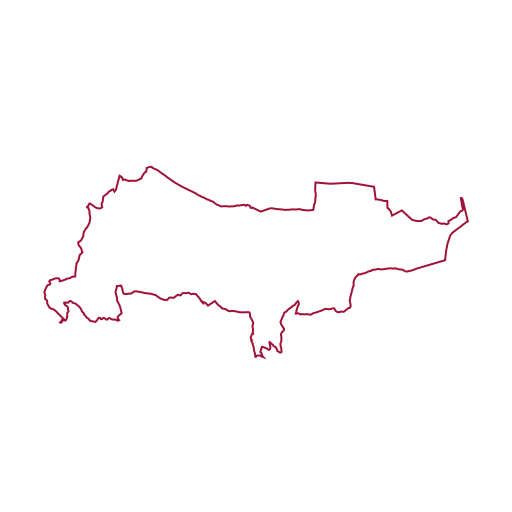 outline of Godeni, Arges, Romania, rotated 263°
{"feature_id": "2599482B53063420338002", "entity_name": "Godeni", "entity_type": "district", "adm_level": 2, "iso_a3": "ROU", "parent_name": "Romania", "parent_adm1": "Arges", "projection": "robinson", "projection_center": [24.972, 45.207], "detail": "fine", "context": "isolated", "style": "outline", "palette": "rose", "viewbox_px": 512, "rotation_deg": 263, "n_neighbors": 0, "source": "geoboundaries", "source_scale": "gbopen_adm2", "svg_char_len": 6041}
<svg xmlns="http://www.w3.org/2000/svg" viewBox="0 0 512 512"><g transform="rotate(263 256 256)"><path d="M228.8,443.2L237.4,445.2L244.5,447.4L252.9,451.4L255.2,453.9L264.4,469.6L264.6,470.5L287.1,467.9L288.5,467.3L288.5,466.4L279.8,466.7L277.2,467.2L276.0,466.5L275.4,464.3L270.3,459.4L269.4,455.9L268.7,455.1L267.1,451.2L265.2,451.2L264.7,450.6L264.2,449.2L265.5,446.2L265.2,444.6L266.5,441.3L269.6,439.1L270.3,438.0L270.8,436.0L273.0,433.7L273.3,432.5L272.3,430.3L272.0,427.6L270.6,424.3L270.9,421.1L271.8,417.7L273.1,415.1L283.5,406.3L279.5,395.9L283.8,395.2L287.4,392.9L287.7,392.3L294.7,393.0L294.8,391.1L295.4,388.7L296.2,387.4L297.6,382.5L297.6,381.7L310.3,381.6L316.7,360.3L317.4,356.2L318.6,339.0L321.7,324.0L313.9,322.7L310.1,322.9L301.6,321.1L300.1,320.0L294.8,318.5L294.8,313.4L296.2,307.3L297.2,305.3L297.3,301.4L297.9,297.2L297.8,294.4L298.1,293.7L298.1,291.0L299.3,286.2L300.0,282.4L301.4,277.8L301.6,275.7L299.6,266.8L299.6,265.9L304.6,258.3L304.3,257.7L304.4,256.7L306.5,256.0L307.8,253.9L307.8,253.0L307.1,252.3L307.1,251.9L307.8,251.3L308.2,250.6L308.3,249.5L308.1,245.4L308.5,244.2L308.0,239.8L308.3,237.7L308.4,235.1L309.1,232.6L309.5,227.3L311.0,225.0L311.2,224.1L313.7,221.2L315.0,220.2L316.4,217.3L317.4,216.3L317.8,215.0L320.5,211.0L321.3,209.3L322.5,207.9L323.1,206.5L325.8,203.4L333.8,191.0L339.3,183.7L345.7,176.7L347.3,175.3L348.5,173.7L353.2,168.7L356.0,164.1L357.3,163.2L357.3,161.1L356.7,158.2L353.0,157.3L352.6,155.9L350.0,153.5L346.7,151.3L346.8,150.4L345.9,148.8L345.5,147.4L345.3,145.8L346.0,140.6L345.8,139.4L347.1,136.3L347.9,135.5L347.7,133.3L349.9,132.8L349.8,132.5L351.5,131.5L352.3,130.4L338.6,124.9L337.1,123.3L339.7,122.3L339.4,121.2L337.6,117.6L336.2,116.2L333.6,111.7L328.8,110.5L326.7,109.2L325.7,109.0L323.2,109.3L322.6,108.3L322.3,107.5L322.3,106.0L322.9,104.1L323.8,102.6L328.3,97.8L328.3,96.9L326.7,96.0L325.2,94.2L324.7,94.4L324.5,95.3L324.3,95.4L320.6,96.2L318.7,95.9L314.0,96.2L310.2,95.1L308.5,94.3L304.7,91.6L304.2,90.7L300.5,87.8L296.9,87.0L294.3,85.5L292.6,84.0L291.9,82.7L291.7,81.7L290.9,81.1L288.6,81.3L287.2,81.9L286.5,82.6L284.4,83.5L283.1,83.6L280.7,84.2L280.2,83.3L279.1,82.2L278.8,81.4L278.2,81.0L273.4,79.3L270.3,76.8L268.7,76.6L266.5,75.8L263.6,75.3L261.7,74.7L257.7,74.1L257.8,72.2L257.5,70.0L256.8,69.1L256.6,67.8L256.5,65.4L255.7,63.8L255.8,63.0L255.2,61.4L254.8,58.1L256.6,58.2L257.8,57.4L258.1,56.8L258.2,53.9L257.8,52.5L256.9,48.3L255.9,47.7L253.9,48.5L253.2,48.2L252.7,47.6L252.4,45.6L251.8,45.0L249.5,43.4L246.0,41.5L243.3,42.1L240.7,41.5L238.8,41.6L238.2,42.5L237.1,43.2L234.3,43.0L230.2,44.6L228.8,46.1L227.7,48.6L225.8,50.5L217.6,56.8L215.0,54.9L213.9,53.5L213.5,54.4L215.3,56.3L216.8,57.5L215.2,58.5L215.1,59.0L215.7,59.6L217.5,60.8L218.6,60.9L219.4,61.4L222.2,61.6L223.9,63.2L226.2,62.8L227.8,63.0L229.2,62.4L230.3,60.8L231.1,60.2L231.8,60.5L232.9,59.7L233.2,60.0L233.0,61.6L232.5,63.7L233.8,65.2L234.0,66.4L233.1,67.6L231.8,68.5L231.0,70.5L230.3,71.5L227.0,74.5L224.5,76.0L222.3,76.4L219.9,78.3L218.8,78.2L217.7,79.3L215.6,80.3L215.3,80.8L213.9,82.3L211.9,83.3L211.8,84.5L210.9,85.9L210.6,87.6L210.1,88.4L211.2,90.1L213.6,92.0L213.9,92.7L213.4,93.9L212.2,94.4L212.1,94.8L212.1,95.4L213.2,97.1L213.1,97.6L211.0,99.9L211.1,100.6L212.2,102.1L212.3,102.8L210.7,105.3L210.1,107.1L210.2,108.4L208.6,110.9L209.0,112.3L210.7,111.3L211.9,111.1L212.9,111.7L215.6,115.6L221.1,115.1L223.8,114.5L228.8,112.7L231.4,113.0L234.1,112.5L237.4,112.2L241.3,113.8L243.1,114.2L243.0,115.9L243.2,117.1L243.0,118.6L242.2,118.5L241.5,118.9L239.3,119.4L238.0,119.3L235.8,119.7L234.5,120.3L234.3,121.3L234.0,124.2L234.2,125.6L233.9,126.7L234.0,127.5L235.6,130.8L235.7,132.1L234.4,136.7L232.7,141.2L231.5,146.6L229.2,152.0L228.6,152.4L225.3,156.2L223.6,159.5L223.5,160.9L223.1,162.1L223.4,162.7L225.2,164.9L225.3,165.4L224.6,169.0L224.9,169.9L227.0,173.4L226.9,174.4L226.2,175.5L226.2,176.5L227.6,177.8L228.0,178.7L228.0,180.3L227.6,181.6L227.8,184.5L226.0,187.0L225.9,187.6L226.2,188.9L225.5,191.7L220.6,195.0L218.5,195.9L216.5,197.0L216.0,197.5L217.2,197.4L216.3,198.6L215.5,200.3L212.6,202.3L216.3,209.7L212.1,212.4L209.7,214.9L208.2,215.8L206.9,219.5L205.8,220.6L204.6,222.4L204.3,223.6L204.6,225.4L204.0,226.6L204.1,227.6L202.2,232.8L201.7,235.7L201.3,240.6L201.1,242.0L200.8,242.6L199.6,243.0L196.8,242.7L190.5,245.1L189.0,244.9L187.1,244.0L182.1,244.0L180.8,243.4L179.2,243.7L179.2,242.8L176.4,241.0L175.4,240.9L173.6,241.2L173.0,241.7L172.3,241.0L169.6,242.1L168.6,241.9L166.4,242.5L162.5,242.6L157.9,243.2L156.1,243.0L155.9,243.5L157.0,244.1L156.8,247.9L155.5,249.4L154.7,251.0L155.9,250.2L159.3,249.4L160.2,248.6L165.1,250.8L164.6,252.3L163.0,255.3L161.2,257.4L161.8,258.4L163.6,259.2L168.7,258.7L169.0,259.0L166.3,261.3L165.9,261.9L164.8,262.3L164.1,262.8L163.4,264.2L161.1,265.2L158.9,265.8L158.3,266.9L157.3,267.8L157.3,269.4L157.9,269.7L161.5,269.8L163.5,269.4L166.3,269.6L168.4,270.8L173.3,271.4L174.4,271.1L175.2,271.3L177.0,272.2L178.8,274.6L180.5,275.0L181.8,274.0L182.8,273.8L184.9,272.7L187.6,272.2L188.5,272.9L192.4,274.9L193.1,275.8L195.7,276.7L196.7,277.9L197.0,279.2L198.8,281.1L200.5,284.1L201.0,285.4L202.0,286.3L202.7,288.4L204.8,290.4L206.1,292.1L204.6,292.6L203.3,292.7L202.6,292.5L201.7,291.7L198.2,290.1L194.0,288.5L194.0,290.8L192.5,293.3L192.8,294.1L192.2,296.6L192.1,299.0L191.8,299.7L191.9,300.7L191.1,302.6L191.1,303.4L192.5,306.5L192.5,308.2L193.8,314.1L195.1,318.5L194.2,322.4L194.3,323.9L194.7,325.5L194.6,326.6L194.4,327.3L192.1,328.2L190.9,329.3L190.0,331.2L190.5,334.1L190.0,335.5L190.0,336.5L193.0,341.2L193.2,343.1L195.2,343.9L196.9,343.9L200.3,343.5L202.4,344.4L202.8,344.3L213.3,348.4L214.6,349.3L217.8,349.6L219.1,350.0L220.2,350.5L223.0,352.4L224.3,354.3L225.3,355.0L225.0,355.8L225.3,356.2L225.0,357.9L225.6,359.3L225.5,360.9L225.9,362.7L227.2,366.7L227.1,368.3L227.9,369.3L228.1,371.3L227.9,373.2L228.4,375.3L227.5,378.2L227.3,381.4L227.6,385.8L227.3,388.5L226.7,390.7L226.9,392.6L225.5,395.8L224.6,399.6L222.7,402.2L222.3,403.1L222.2,404.3L222.7,409.2L224.0,414.4L228.8,443.2Z" fill="none" stroke="#9f1239" stroke-width="2"/></g></svg>